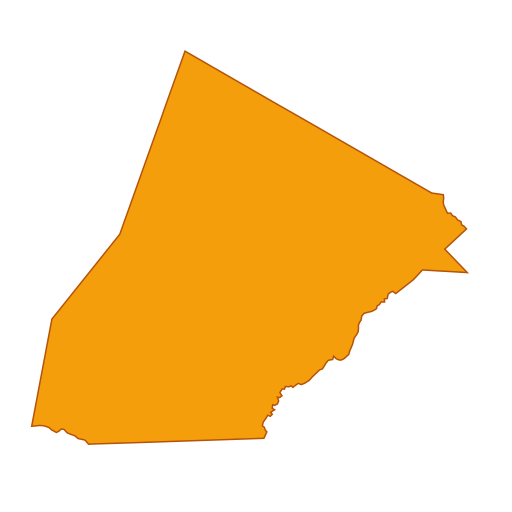 the district of Cristino Castro, Piauí, Brazil, rotated 184°
{"feature_id": "56859067B91593223630343", "entity_name": "Cristino Castro", "entity_type": "district", "adm_level": 2, "iso_a3": "BRA", "parent_name": "Brazil", "parent_adm1": "Piauí", "projection": "equal_earth", "projection_center": [-44.047, -8.801], "detail": "fine", "context": "isolated", "style": "filled", "palette": "amber", "viewbox_px": 512, "rotation_deg": 184, "n_neighbors": 0, "source": "geoboundaries", "source_scale": "gbopen_adm2", "svg_char_len": 1663}
<svg xmlns="http://www.w3.org/2000/svg" viewBox="0 0 512 512"><g transform="rotate(184 256 256)"><path d="M232.9,81.3L234.7,83.2L235.7,85.7L237.8,87.0L237.2,90.8L234.8,94.7L233.2,97.9L230.5,97.1L228.7,99.3L230.5,101.0L228.8,102.4L226.7,103.9L229.2,105.2L229.0,108.8L226.9,108.3L224.3,109.9L223.3,113.0L224.8,116.7L222.6,116.4L220.3,118.4L222.7,121.4L220.6,125.2L218.3,125.2L217.6,127.9L214.1,127.8L211.9,129.0L210.1,127.5L208.1,129.3L205.0,131.9L201.9,130.9L198.5,132.5L194.1,135.8L191.1,139.7L186.6,144.6L184.6,146.8L181.9,148.0L180.7,150.1L178.7,154.1L176.6,157.0L172.3,158.1L171.5,161.5L168.8,159.1L166.1,158.1L163.9,158.1L161.1,159.6L156.6,164.3L156.1,167.1L153.6,174.4L152.4,180.8L150.0,184.9L148.8,187.7L148.7,190.8L149.0,194.3L148.0,197.2L146.7,199.3L146.3,203.5L144.2,206.3L141.0,207.5L136.7,208.8L133.9,210.5L132.1,211.9L131.7,214.7L129.6,216.1L127.9,218.9L124.5,219.1L124.9,222.1L122.1,222.8L121.6,227.1L119.4,229.1L117.2,230.3L114.0,228.3L97.4,243.3L89.0,253.7L69.7,253.9L66.2,254.0L64.2,254.0L44.1,254.2L68.2,276.0L47.9,297.7L50.7,300.3L53.0,301.4L54.0,304.7L57.2,305.9L59.9,308.9L62.8,309.9L64.7,312.4L68.0,312.1L69.9,315.5L72.4,320.1L73.0,322.7L72.8,326.8L73.4,330.2L85.2,331.1L120.0,348.0L211.5,392.5L249.5,410.8L314.2,442.3L341.1,455.4L356.5,400.5L361.3,382.9L363.2,376.3L378.9,320.1L393.4,268.2L455.2,178.8L467.9,70.5L462.7,71.4L460.3,71.8L457.5,71.9L454.9,71.7L450.5,70.4L447.5,68.1L445.0,67.1L442.9,66.0L440.4,67.5L438.2,69.8L435.5,69.7L432.1,66.5L428.5,65.2L426.1,64.6L424.0,63.9L420.8,61.5L416.9,60.9L414.2,60.6L412.1,58.9L410.0,56.6L403.6,57.3L360.2,61.7L235.4,74.7L232.9,81.3Z" fill="#f59e0b" stroke="#b45309" stroke-width="1.5"/></g></svg>